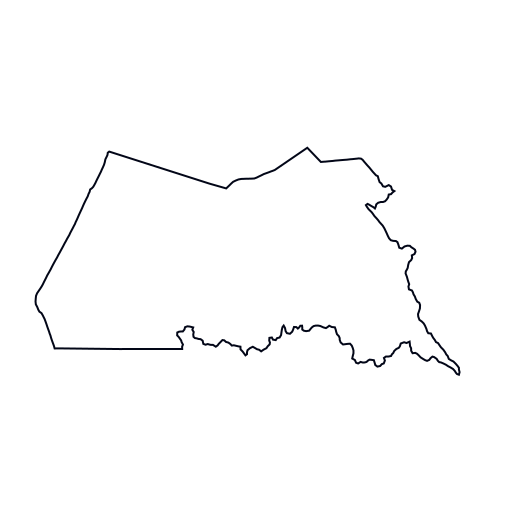 outline of Belmonte, Bahia, Brazil, rotated 186°
{"feature_id": "56859067B37213046235588", "entity_name": "Belmonte", "entity_type": "district", "adm_level": 2, "iso_a3": "BRA", "parent_name": "Brazil", "parent_adm1": "Bahia", "projection": "mercator", "projection_center": [-39.261, -15.95], "detail": "fine", "context": "isolated", "style": "outline", "palette": "ink", "viewbox_px": 512, "rotation_deg": 186, "n_neighbors": 0, "source": "geoboundaries", "source_scale": "gbopen_adm2", "svg_char_len": 5288}
<svg xmlns="http://www.w3.org/2000/svg" viewBox="0 0 512 512"><g transform="rotate(186 256 256)"><path d="M412.9,344.5L414.2,343.2L414.3,340.9L414.9,339.1L415.9,336.4L416.2,333.4L416.7,330.8L417.6,328.0L418.4,325.7L419.0,323.7L419.8,321.6L420.9,318.6L421.9,316.0L422.7,313.8L423.3,312.0L424.2,309.8L425.1,307.8L426.3,306.2L427.9,304.8L428.2,302.4L429.0,300.3L429.6,297.7L430.7,295.0L431.6,292.6L432.6,289.8L433.4,287.3L433.9,285.6L434.7,283.3L435.7,280.4L436.6,277.7L437.5,274.8L438.2,272.7L438.9,270.8L439.4,268.9L440.2,267.0L441.2,264.4L442.1,262.2L443.1,259.7L443.9,257.3L444.8,255.3L445.7,253.3L446.6,251.0L447.7,248.5L448.7,245.9L449.6,243.7L450.6,241.3L451.5,239.1L452.8,236.1L453.7,233.7L454.8,231.3L455.9,228.7L457.1,225.8L458.0,223.5L458.8,221.3L459.7,219.2L460.6,217.1L461.6,214.9L462.5,212.3L463.5,209.7L464.3,207.6L465.0,205.6L465.9,203.5L467.1,201.1L468.4,198.7L469.8,196.1L470.6,193.4L470.6,190.8L470.5,187.7L469.9,184.9L468.1,182.2L467.0,180.0L465.6,178.0L463.4,176.8L461.8,174.6L460.8,173.0L459.7,171.3L458.7,169.3L457.4,166.6L456.0,163.5L454.8,161.0L453.9,159.2L453.1,157.3L452.1,155.4L451.3,153.3L450.3,151.1L449.2,148.8L448.2,146.8L447.4,145.1L446.6,143.0L442.6,143.5L384.1,149.0L382.1,149.2L319.7,155.8L320.0,158.1L319.4,160.3L321.0,162.6L321.6,164.2L323.1,165.9L324.4,167.4L326.1,168.8L326.3,171.7L324.6,172.7L322.7,173.1L320.9,173.3L319.5,175.4L319.1,177.8L316.9,178.9L314.5,178.9L311.0,178.4L311.6,176.0L310.0,173.9L310.2,171.4L309.7,169.1L308.2,168.0L306.4,167.9L304.5,167.5L302.4,167.5L300.2,166.2L299.2,163.1L296.9,162.5L294.8,163.4L292.1,162.9L289.5,163.1L286.5,161.6L284.8,163.1L283.9,164.7L282.3,166.7L280.6,168.9L278.7,168.8L276.9,167.4L274.4,167.0L272.3,165.8L270.7,164.4L268.7,164.9L266.4,164.6L264.0,164.3L262.0,164.2L261.6,161.5L259.3,159.6L257.4,157.5L256.1,156.1L254.7,157.4L254.9,159.3L254.6,161.4L252.4,163.7L249.7,165.4L247.2,164.3L245.3,163.4L243.1,163.1L240.9,161.7L238.6,163.7L236.0,165.4L234.9,167.5L233.2,169.5L233.1,171.5L234.0,173.2L234.1,176.0L231.7,176.6L230.4,174.6L227.6,174.4L226.5,176.5L224.0,177.4L222.8,180.0L222.7,182.8L222.6,185.4L222.2,188.1L221.2,189.7L219.6,187.4L218.7,184.4L217.2,182.5L214.1,182.2L212.1,184.5L211.4,186.6L210.8,189.4L208.4,189.5L206.8,188.2L205.6,189.5L204.6,191.3L202.9,191.5L202.5,189.7L202.3,187.7L200.6,186.7L198.3,186.5L195.3,187.3L194.0,189.4L192.9,190.9L191.4,192.3L189.4,193.0L187.1,193.3L184.7,193.1L181.4,192.0L178.9,191.6L177.4,192.8L175.9,194.3L173.2,193.3L170.1,193.3L169.0,191.0L168.4,189.2L167.3,186.7L165.2,184.9L164.2,183.1L164.0,181.4L162.8,178.9L160.2,177.1L157.7,177.7L155.7,178.2L153.3,178.6L151.4,176.9L150.2,174.7L149.2,172.3L148.9,169.4L149.3,166.8L149.6,164.1L146.8,162.9L145.3,160.3L143.2,159.8L140.9,161.6L138.6,161.2L136.7,161.5L135.0,162.2L133.6,163.8L132.2,164.8L130.3,164.8L127.9,164.7L126.7,161.9L126.0,160.1L123.7,158.7L121.0,159.6L119.6,161.6L117.7,162.5L116.9,165.5L118.1,168.0L116.3,169.6L113.6,169.9L111.2,170.7L110.6,172.4L109.4,173.8L108.6,176.0L106.7,178.2L104.4,179.6L103.5,181.2L102.9,184.1L99.7,185.7L97.2,185.2L94.3,186.9L93.9,185.1L93.4,182.5L92.1,180.5L91.8,178.0L90.1,175.7L87.5,176.3L85.6,175.6L83.9,174.3L81.7,172.4L78.9,171.0L76.9,170.1L74.9,169.6L72.8,170.8L71.7,172.7L70.0,174.4L68.3,174.1L65.6,172.6L64.2,170.8L62.7,169.6L61.0,169.5L58.4,168.7L55.7,167.7L53.5,166.5L50.9,165.5L48.2,164.2L46.3,162.5L45.0,160.8L43.7,159.6L41.8,159.1L41.4,161.8L42.3,164.2L42.5,166.0L43.9,167.6L46.0,169.6L48.6,171.7L50.8,172.5L53.5,173.8L54.9,176.6L56.5,178.0L57.8,180.0L59.9,182.4L62.6,184.6L64.4,186.7L65.8,188.4L68.0,189.2L69.4,191.2L71.1,193.0L72.2,194.5L73.9,197.2L76.6,197.2L78.0,199.1L78.9,201.3L80.7,204.5L82.2,206.5L84.3,208.2L86.8,209.6L88.3,212.7L88.8,215.2L88.1,218.1L87.5,221.0L87.7,224.4L88.8,226.6L90.8,227.4L92.6,229.9L93.8,232.4L95.3,234.3L96.1,236.2L97.3,238.0L100.4,238.8L101.2,241.6L100.7,244.0L101.7,246.0L102.6,248.1L103.7,251.0L105.4,254.3L105.4,256.4L104.5,258.3L103.9,260.0L103.7,263.1L103.2,265.9L101.2,268.2L100.5,270.3L101.1,272.9L98.6,274.5L97.8,276.9L98.5,278.8L100.1,279.8L102.5,281.0L104.0,282.2L106.5,282.1L109.3,281.0L111.7,278.6L114.4,279.2L115.6,282.2L116.8,284.6L118.4,285.5L121.2,285.4L123.6,285.8L125.5,287.5L127.1,290.0L128.4,292.3L131.2,296.9L133.2,299.5L135.0,301.1L136.8,302.7L138.2,304.3L140.1,306.1L142.3,308.0L144.2,310.2L145.5,311.6L147.0,312.8L149.0,314.4L151.0,316.7L152.0,318.1L150.5,319.5L148.7,318.8L146.4,317.7L144.1,316.7L142.7,315.7L142.1,317.5L141.8,319.9L140.1,321.7L137.7,322.7L135.3,323.0L133.4,323.9L132.0,325.7L130.7,328.1L130.4,331.0L128.2,331.6L126.8,333.5L125.2,335.0L127.6,336.0L129.0,339.2L131.4,340.4L134.7,338.3L137.0,338.6L138.9,341.2L140.8,342.4L142.1,345.2L143.2,348.1L145.1,348.8L146.9,350.4L148.6,351.9L150.2,353.5L152.3,355.6L155.0,358.0L158.2,361.0L160.0,362.8L161.7,363.8L164.0,363.8L165.7,363.4L167.6,363.0L170.4,362.4L172.1,362.1L175.6,361.3L179.5,360.6L184.2,359.7L187.4,359.1L189.4,358.6L192.0,358.1L194.0,357.7L196.9,357.1L198.8,356.8L201.3,356.3L216.3,369.0L246.3,343.5L248.4,342.4L250.1,341.6L252.0,340.6L254.5,339.4L256.8,338.3L259.1,336.8L261.4,335.4L263.6,334.0L265.8,332.9L269.0,332.4L271.4,332.1L273.3,331.9L275.2,331.6L278.7,331.1L281.4,330.3L283.9,329.0L286.5,327.4L288.2,325.5L289.9,323.4L292.7,320.1L309.8,323.1L412.9,344.5Z" fill="none" stroke="#020617" stroke-width="2"/></g></svg>